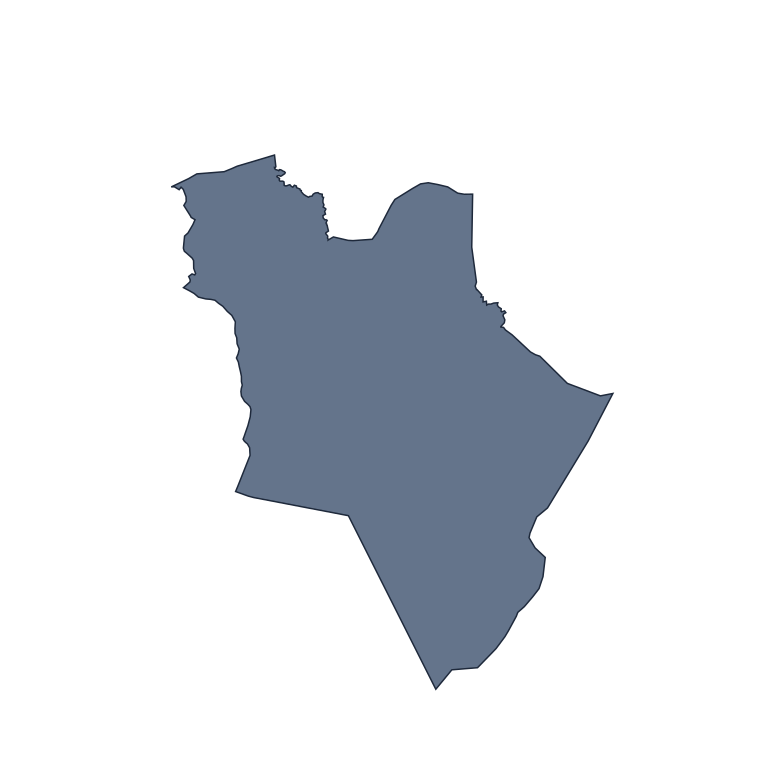 Santos Reyes Yucuná, Oaxaca, Mexico, rotated 54°
{"feature_id": "50627088B24821438412486", "entity_name": "Santos Reyes Yucuná", "entity_type": "district", "adm_level": 2, "iso_a3": "MEX", "parent_name": "Mexico", "parent_adm1": "Oaxaca", "projection": "natural_earth1", "projection_center": [-98.034, 17.773], "detail": "fine", "context": "isolated", "style": "filled", "palette": "slate", "viewbox_px": 768, "rotation_deg": 54, "n_neighbors": 0, "source": "geoboundaries", "source_scale": "gbopen_adm2", "svg_char_len": 3121}
<svg xmlns="http://www.w3.org/2000/svg" viewBox="0 0 768 768"><g transform="rotate(54 384 384)"><path d="M282.5,200.7L277.7,207.5L272.9,212.2L262.0,216.6L254.3,223.2L247.2,229.9L243.6,236.8L242.6,245.9L241.1,266.7L243.6,273.1L255.5,297.0L255.7,297.3L257.0,299.4L257.3,300.3L257.5,300.8L260.0,308.5L259.9,308.7L259.6,309.1L249.8,324.8L246.7,328.6L235.3,338.5L234.7,344.5L234.2,343.9L233.2,344.1L232.5,343.8L232.0,343.1L231.2,342.6L228.0,342.7L227.5,342.1L227.6,339.0L223.9,337.5L222.5,336.8L221.5,336.8L221.1,336.3L220.3,336.5L219.6,336.2L218.2,333.8L217.0,334.3L216.5,335.3L213.9,335.6L211.9,334.4L212.2,331.5L209.5,330.6L208.5,328.4L207.9,328.1L205.1,329.2L203.8,327.3L201.2,326.7L199.1,325.1L197.5,323.2L196.6,323.9L195.9,323.7L194.2,322.4L192.0,324.4L190.4,324.9L189.0,327.4L188.8,329.7L189.7,331.8L188.6,333.8L188.5,335.3L186.1,336.5L183.3,337.6L179.7,337.9L178.9,337.2L177.8,337.8L176.8,337.4L176.1,337.9L173.8,339.3L172.3,338.5L170.5,339.7L171.2,342.1L169.6,342.8L167.5,343.0L167.0,344.1L166.5,346.2L165.8,347.3L164.7,348.0L162.2,346.4L161.4,346.1L160.4,346.7L158.8,348.9L157.9,349.0L157.2,348.8L156.7,347.9L156.1,347.7L153.9,348.8L153.0,348.6L153.0,347.6L153.8,346.3L155.1,345.6L155.4,344.7L155.5,340.7L155.0,339.7L153.7,339.7L153.1,340.2L150.0,341.6L149.1,342.6L149.6,343.4L149.6,343.8L148.7,344.2L146.7,345.7L145.4,345.8L144.4,345.3L145.0,344.7L144.7,343.8L134.4,338.0L121.5,374.7L121.0,377.0L120.6,379.0L120.1,381.2L118.3,388.5L104.0,411.9L103.0,421.3L99.5,440.3L101.2,437.7L106.4,435.5L105.5,432.5L108.5,432.0L116.2,434.1L120.0,436.7L121.9,441.0L134.3,441.8L135.9,442.1L140.0,440.3L142.7,444.9L146.6,453.8L147.1,458.4L156.0,466.3L156.7,466.7L159.3,467.5L161.6,466.9L169.5,465.2L172.2,465.5L178.6,470.0L183.9,471.5L184.5,473.0L182.1,474.6L182.2,478.8L186.0,479.6L187.4,481.1L188.2,489.6L194.0,486.7L199.1,484.4L204.6,483.1L210.4,478.2L213.8,474.3L216.9,471.5L221.5,470.4L226.4,468.7L233.2,468.1L239.0,466.8L246.3,467.7L251.4,471.9L255.6,474.8L260.1,476.0L265.1,479.2L270.7,480.6L273.9,484.3L276.2,488.1L280.6,488.9L284.9,490.9L289.5,492.8L293.9,494.8L298.4,498.0L301.6,499.3L303.7,502.0L306.0,504.2L309.9,506.4L316.1,507.0L320.2,506.1L323.5,505.7L326.5,506.7L331.9,511.5L337.7,518.6L341.7,524.4L344.1,527.8L345.8,530.4L347.9,530.6L349.9,530.3L352.2,529.7L356.6,530.2L363.0,534.3L380.3,561.6L383.8,567.3L394.9,559.7L399.2,556.2L469.6,490.2L661.4,521.5L655.1,497.1L668.5,475.1L664.7,453.2L663.9,448.8L659.5,434.7L656.8,428.4L649.7,413.5L647.4,410.0L646.6,401.4L643.6,388.9L640.7,378.9L633.3,368.6L619.1,355.5L605.4,358.1L593.6,357.0L590.5,353.6L581.3,338.5L580.4,324.6L550.2,252.5L526.2,204.4L520.8,215.9L491.3,235.3L453.1,241.6L449.3,244.3L444.1,246.7L419.4,251.5L415.1,252.9L411.6,254.0L408.5,254.0L406.6,256.0L406.2,255.7L405.2,250.7L403.1,248.5L398.8,247.6L397.7,246.2L397.9,243.5L395.7,243.5L394.8,246.3L393.8,246.5L392.0,244.9L388.9,246.1L386.7,245.9L385.2,244.1L383.0,247.7L382.2,250.5L380.7,252.6L380.5,254.5L377.2,252.5L375.8,255.6L371.8,252.6L370.7,254.4L369.4,252.5L362.2,253.3L362.0,253.7L358.4,252.7L355.9,249.3L324.9,232.6L282.5,200.7Z" fill="#64748b" stroke="#1e293b" stroke-width="1.5"/></g></svg>